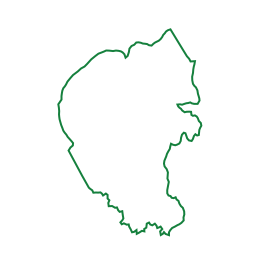 Piripá, Bahia, Brazil, rotated 188°
{"feature_id": "56859067B26394127127445", "entity_name": "Piripá", "entity_type": "district", "adm_level": 2, "iso_a3": "BRA", "parent_name": "Brazil", "parent_adm1": "Bahia", "projection": "equal_earth", "projection_center": [-41.743, -15.002], "detail": "fine", "context": "isolated", "style": "outline", "palette": "green", "viewbox_px": 256, "rotation_deg": 188, "n_neighbors": 0, "source": "geoboundaries", "source_scale": "gbopen_adm2", "svg_char_len": 2759}
<svg xmlns="http://www.w3.org/2000/svg" viewBox="0 0 256 256"><g transform="rotate(188 128 128)"><path d="M60.0,44.2L60.6,47.2L60.2,50.2L60.8,53.3L62.6,56.6L64.8,58.1L66.6,60.3L67.9,62.9L70.0,64.0L71.2,66.0L73.0,64.9L75.1,65.0L76.4,66.5L78.5,66.8L80.0,68.7L80.5,71.9L80.3,76.3L80.1,80.3L81.9,83.4L82.3,89.6L84.0,92.7L86.4,95.0L87.4,97.7L87.4,100.6L86.8,102.9L86.2,105.2L85.8,107.8L84.9,110.3L83.7,113.1L83.6,115.4L83.2,118.4L81.2,117.7L78.8,117.5L77.0,118.4L75.0,119.8L74.0,122.5L74.1,125.6L73.6,128.9L72.1,131.1L70.4,130.8L68.8,127.7L67.9,125.9L65.9,124.2L63.2,124.0L62.2,126.1L61.6,129.2L60.4,131.2L58.5,130.2L56.9,130.9L57.0,133.5L57.1,136.0L56.6,138.1L55.7,140.5L56.6,143.1L58.8,144.8L60.2,147.4L61.5,148.9L63.5,149.8L65.4,149.1L67.0,149.8L67.8,152.8L69.5,152.7L72.0,152.3L74.1,151.5L76.8,152.9L78.2,154.4L79.8,155.2L81.3,156.4L82.3,158.1L79.7,158.7L77.7,158.6L75.4,159.8L73.7,160.6L71.9,161.1L69.9,162.0L68.2,161.3L65.9,161.1L62.4,161.6L61.0,165.1L61.5,167.2L62.5,169.5L63.5,171.6L64.5,174.9L66.4,177.7L68.2,179.0L69.8,180.8L71.0,184.2L71.6,187.7L71.3,191.6L71.5,195.1L71.4,197.9L71.1,200.1L71.0,203.5L75.3,202.6L77.1,205.1L79.6,207.2L84.9,213.6L99.7,231.6L102.2,230.3L103.8,228.8L104.7,227.0L106.1,225.0L106.8,222.9L108.0,220.7L109.7,218.7L111.5,217.5L113.1,216.4L114.6,214.9L116.1,212.9L118.7,212.9L120.8,213.8L123.0,213.8L125.1,213.7L127.2,214.2L129.5,214.3L131.7,213.8L133.4,211.3L135.9,209.7L137.6,206.8L137.7,203.3L138.4,199.3L140.2,197.3L141.8,200.5L143.8,202.1L145.7,202.9L148.1,203.1L150.7,203.0L153.5,202.1L157.4,202.0L160.4,201.7L162.4,200.4L164.5,199.2L167.6,197.5L170.2,194.9L173.9,190.9L177.5,185.6L179.6,182.8L182.8,180.4L185.5,177.1L189.8,172.8L191.9,169.6L194.4,165.5L195.4,162.5L196.3,160.5L197.6,158.4L198.2,155.9L198.3,153.6L198.3,150.4L197.8,146.9L199.2,144.0L200.3,141.8L199.3,138.6L198.5,135.2L198.2,131.9L197.7,129.7L197.0,127.2L196.1,125.1L194.6,121.7L192.9,118.7L191.7,116.4L190.2,114.7L188.1,112.8L186.5,110.8L184.1,108.8L181.9,106.9L180.3,105.4L180.2,103.0L182.3,100.6L183.7,97.4L166.6,74.1L158.5,63.5L157.0,62.5L154.7,61.3L153.3,59.1L151.1,59.6L148.4,59.9L146.3,60.4L144.7,59.4L143.3,57.7L140.8,60.0L138.9,58.9L138.4,55.3L136.4,53.8L137.1,51.0L136.2,47.9L132.8,48.5L129.7,47.2L127.9,47.8L126.3,45.2L124.6,43.8L122.1,44.8L121.0,40.9L120.0,37.8L120.8,35.8L122.4,33.5L120.8,31.8L118.8,33.0L115.8,32.1L113.9,32.6L113.1,30.5L111.2,28.0L109.5,25.3L107.5,26.0L105.4,28.1L104.6,24.4L102.5,25.9L99.9,28.1L97.4,27.9L97.9,30.2L96.0,31.9L96.1,35.9L94.0,37.3L92.5,35.5L90.4,35.0L88.1,37.0L86.2,35.3L85.1,33.0L83.6,33.8L82.0,34.9L80.0,32.7L81.8,30.1L80.6,26.6L78.8,28.0L77.9,29.9L76.1,28.3L72.5,27.6L72.9,30.4L72.0,32.6L70.4,35.1L67.8,36.9L65.5,38.7L63.9,39.7L61.9,41.5L60.0,44.2Z" fill="none" stroke="#15803d" stroke-width="2"/></g></svg>